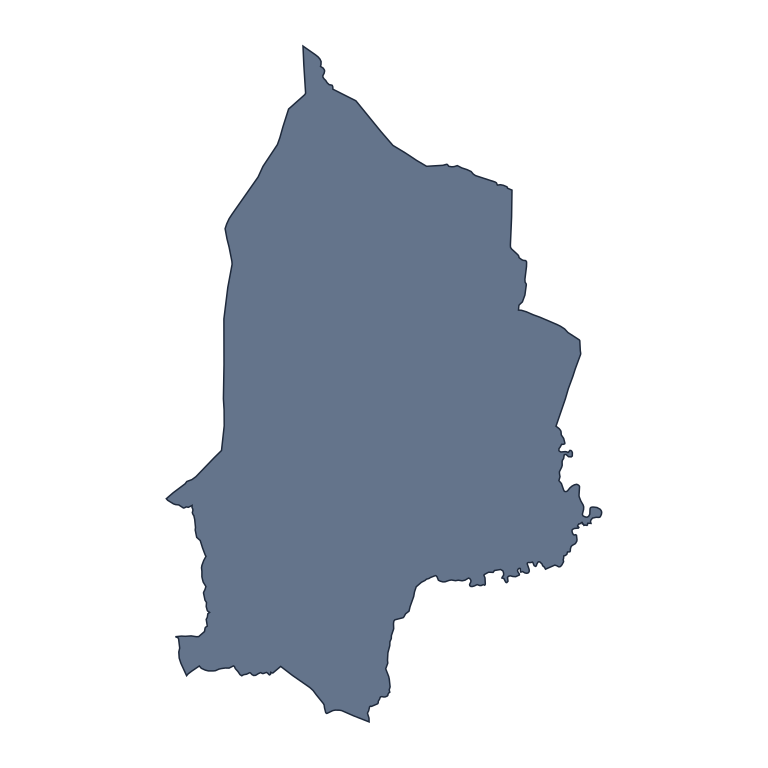 outline of Phu Thien, Gia Lai, Vietnam
{"feature_id": "81297802B15377501666570", "entity_name": "Phu Thien", "entity_type": "district", "adm_level": 2, "iso_a3": "VNM", "parent_name": "Vietnam", "parent_adm1": "Gia Lai", "projection": "robinson", "projection_center": [108.328, 13.506], "detail": "fine", "context": "isolated", "style": "filled", "palette": "slate", "viewbox_px": 768, "rotation_deg": 0, "n_neighbors": 0, "source": "geoboundaries", "source_scale": "gbopen_adm2", "svg_char_len": 6107}
<svg xmlns="http://www.w3.org/2000/svg" viewBox="0 0 768 768"><path d="M591.0,523.4L590.5,521.6L590.9,520.1L592.5,518.1L596.1,517.3L598.9,517.4L599.7,517.2L600.3,516.7L601.4,514.4L601.7,512.6L601.5,511.3L600.9,510.2L600.1,509.2L597.0,507.5L593.9,507.1L592.0,507.1L590.8,507.5L590.2,508.2L590.0,509.6L589.8,514.2L588.6,516.3L587.5,517.0L586.1,517.2L583.3,516.1L582.6,515.1L582.4,514.1L583.6,509.4L583.7,506.9L583.2,505.1L580.8,500.9L579.2,496.8L579.0,495.4L579.5,487.6L579.5,486.4L579.0,485.6L577.8,484.7L576.6,484.3L574.4,484.8L572.0,486.1L569.9,487.9L567.4,491.0L566.1,491.6L564.9,491.5L564.3,491.2L563.6,489.9L561.4,483.5L558.9,480.6L560.0,476.7L559.5,473.8L559.4,471.8L561.7,467.1L562.2,465.3L562.1,461.7L562.6,459.9L563.6,458.6L564.2,454.9L565.1,454.5L566.1,454.5L568.5,456.7L571.2,456.9L572.3,456.0L572.4,452.7L571.8,451.3L570.9,450.5L569.9,450.4L568.4,452.3L567.9,452.5L566.9,451.9L565.3,451.6L560.9,452.0L559.4,451.2L558.9,450.6L559.0,448.6L560.3,446.9L561.6,444.3L562.9,444.4L564.6,443.9L564.9,443.2L563.7,438.5L561.3,434.9L561.0,431.5L560.6,430.5L559.2,428.7L556.0,426.2L565.4,398.8L568.3,388.8L572.9,376.3L575.2,369.1L580.6,354.4L580.7,353.3L580.3,350.6L579.8,340.7L579.3,339.9L567.9,332.5L564.6,328.9L560.4,326.2L557.6,324.8L539.9,317.2L533.0,314.7L526.4,311.8L521.5,310.3L518.5,310.1L518.9,305.5L519.3,304.8L522.4,301.9L524.9,295.1L526.3,284.9L526.2,283.9L525.1,282.2L524.9,279.4L526.5,266.5L526.6,262.5L526.5,261.7L525.7,260.6L523.1,260.3L521.8,259.7L519.5,258.0L519.0,257.5L518.8,256.2L517.9,254.8L511.6,249.0L510.5,247.3L510.4,244.9L511.6,217.0L512.0,190.1L507.5,188.2L507.3,187.2L506.7,186.7L503.4,185.3L500.4,184.7L497.4,185.1L496.4,182.8L495.1,182.0L475.5,175.6L473.3,174.1L471.1,171.5L467.0,169.6L461.8,167.9L457.3,165.6L454.2,166.6L451.8,166.8L448.8,166.3L447.4,164.5L446.6,164.3L442.9,165.3L426.6,166.3L416.6,160.4L405.6,153.1L392.9,145.4L380.9,131.5L355.9,100.8L332.9,89.2L332.8,86.9L332.3,85.5L332.0,85.2L329.1,84.6L327.1,82.7L325.7,80.4L324.2,79.0L323.0,77.3L322.8,75.8L324.1,73.3L324.6,71.1L324.5,70.2L323.3,68.2L320.5,66.4L321.0,64.6L321.1,61.5L319.9,59.0L318.1,56.9L315.6,54.9L303.0,46.1L303.8,64.6L305.6,93.2L304.8,94.6L302.7,96.5L288.6,109.0L282.9,126.9L279.9,137.6L277.4,144.6L263.0,166.3L258.1,177.0L232.1,214.1L229.1,218.7L226.7,223.9L225.1,228.7L227.0,238.9L229.1,247.2L231.9,261.4L232.1,264.3L227.8,287.4L223.9,318.9L224.0,364.6L223.4,398.8L224.1,410.0L224.2,425.9L221.5,450.5L214.0,457.9L195.9,476.7L191.9,479.6L186.8,481.5L185.1,483.8L173.1,492.8L166.3,498.7L167.7,500.3L173.5,503.9L175.6,504.6L178.7,504.9L183.4,508.0L184.6,507.8L186.2,506.9L188.4,507.3L192.1,505.4L192.0,507.4L192.8,509.1L192.9,510.4L192.3,512.7L193.1,514.7L193.8,515.5L194.7,519.5L195.5,527.4L195.2,530.0L196.7,537.4L200.2,540.5L202.6,548.1L205.2,555.0L206.0,556.3L203.7,560.5L201.9,565.4L201.5,567.8L201.9,571.2L201.9,576.8L202.5,579.5L203.2,582.1L205.9,586.5L205.0,589.5L203.6,592.3L203.5,593.0L205.0,600.2L206.5,602.5L206.2,606.6L207.2,610.3L207.6,611.0L209.6,612.4L207.8,613.8L207.3,617.3L206.2,619.4L207.3,626.1L205.5,627.3L205.1,628.0L204.5,631.5L198.7,636.6L196.4,636.7L191.2,635.9L185.4,636.3L181.4,636.1L175.4,636.7L178.0,637.8L178.6,639.0L179.7,648.1L178.8,652.0L179.2,658.1L180.9,663.3L186.6,675.7L188.1,673.9L191.8,671.1L199.3,666.0L201.3,668.3L205.2,670.1L208.3,670.9L213.4,670.9L215.4,670.7L219.0,669.1L221.2,668.6L225.4,668.0L229.1,668.1L233.4,665.9L234.4,666.5L235.3,668.6L237.9,671.5L240.0,674.6L241.8,675.8L243.6,674.7L246.6,674.2L249.7,672.7L250.4,672.9L252.0,674.6L253.7,675.5L255.7,675.3L258.4,673.6L260.7,672.6L262.3,673.5L263.4,673.5L266.4,672.4L267.6,673.1L269.1,674.7L269.7,674.9L270.7,673.9L270.8,672.3L272.3,673.0L273.0,672.9L280.7,666.4L292.4,675.4L309.8,687.5L313.1,690.5L316.2,694.7L323.3,703.5L324.1,704.9L324.5,707.9L325.7,712.6L326.5,713.4L327.2,713.3L332.8,710.6L335.2,710.1L339.5,710.2L341.7,710.6L354.0,716.0L369.1,721.9L369.0,718.1L367.5,713.4L367.7,712.6L368.6,710.9L369.6,706.8L370.3,706.2L371.5,706.4L377.6,703.8L378.2,702.9L378.3,701.2L379.5,699.3L380.2,697.3L380.8,696.8L381.9,696.6L383.8,697.0L385.2,696.9L387.0,696.2L387.8,695.5L387.9,694.5L388.7,693.0L389.8,692.2L389.2,689.9L390.1,686.9L389.3,679.3L388.7,676.5L385.7,668.8L387.8,663.1L387.5,660.3L387.9,652.8L389.8,645.6L389.9,641.8L391.3,638.6L391.4,635.6L393.7,628.8L393.5,623.7L393.8,621.2L394.9,619.8L403.1,617.7L403.9,616.9L405.6,613.8L409.0,611.2L410.1,606.6L413.7,596.5L414.5,591.9L416.2,586.8L421.4,582.3L425.1,580.4L426.4,579.2L428.9,578.5L430.5,577.5L435.4,575.6L436.2,575.9L437.0,576.8L438.4,580.2L440.3,581.2L442.9,581.9L445.2,581.8L449.1,580.4L451.5,580.0L455.5,580.7L458.3,580.2L462.1,580.8L465.0,580.2L468.5,578.1L469.7,578.5L470.9,580.3L470.9,581.7L469.6,584.4L469.8,585.7L470.9,586.5L472.5,586.5L474.5,585.9L477.1,584.6L479.9,585.6L481.4,585.5L483.2,584.6L484.7,585.2L485.2,584.5L485.3,583.7L485.0,577.9L483.9,575.2L484.4,574.5L488.6,572.2L493.1,572.4L494.5,570.5L500.6,569.5L502.9,570.9L503.6,573.1L503.6,575.1L502.1,577.3L501.9,578.0L503.8,578.5L505.6,582.0L506.3,582.6L506.9,582.5L508.0,581.2L507.5,577.4L508.5,576.3L510.3,575.8L512.8,576.5L515.7,576.7L519.3,575.0L519.4,574.1L517.8,571.6L517.5,570.7L517.9,569.4L518.8,568.5L519.9,568.3L520.3,568.6L520.5,571.5L520.8,572.1L522.7,571.6L524.8,572.9L526.6,573.3L528.0,573.0L528.7,572.4L529.3,571.1L529.1,569.3L527.2,563.8L527.4,563.0L528.2,562.5L530.4,562.6L532.5,562.1L532.9,562.6L534.1,565.6L535.5,566.4L536.3,565.9L536.9,564.0L537.9,562.3L538.5,561.8L539.8,561.9L542.0,564.0L542.7,565.8L544.4,567.2L545.5,569.2L554.8,565.1L556.7,565.7L558.6,566.8L559.9,566.8L561.0,566.0L561.9,564.9L563.6,561.7L563.2,559.6L563.6,558.4L563.8,555.9L565.3,555.5L566.8,554.4L567.5,552.0L569.8,551.8L570.3,551.0L570.4,548.9L571.1,546.6L572.1,545.5L575.4,543.6L576.8,541.2L577.0,539.8L576.5,535.3L575.7,534.7L574.2,535.0L573.4,534.6L572.5,533.1L572.0,531.2L572.1,530.0L572.9,529.2L574.3,528.5L578.4,528.1L578.9,527.3L577.6,526.2L577.6,525.7L578.8,523.9L579.8,523.9L582.0,522.3L582.3,522.5L582.4,524.0L583.4,524.1L583.9,525.4L585.1,525.1L587.0,525.4L587.5,524.9L587.6,523.4L587.8,523.2L591.0,523.4Z" fill="#64748b" stroke="#1e293b" stroke-width="1.5"/></svg>